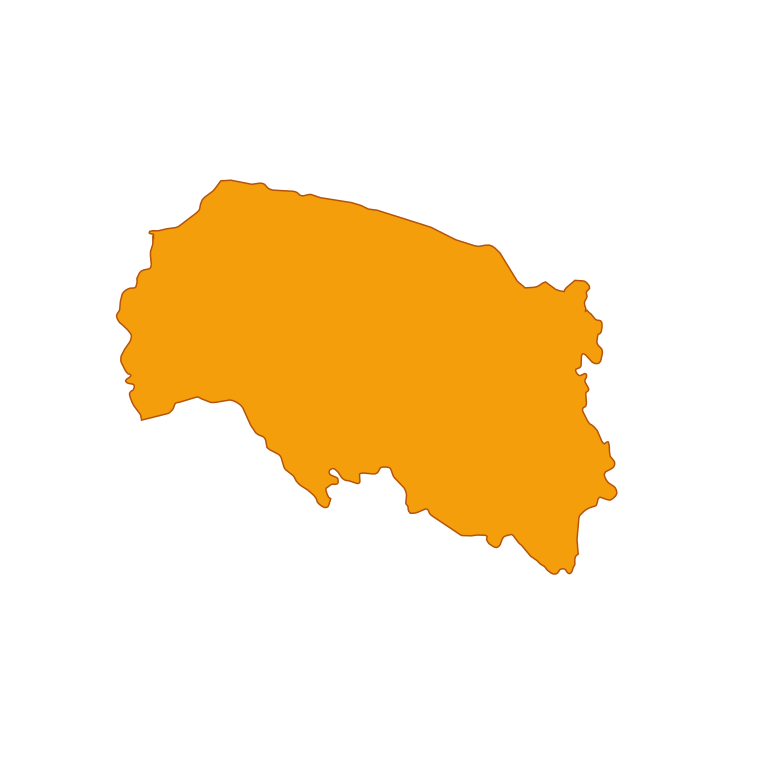 the Region of L'viv, rotated 59°
{"feature_id": "UKR-291", "entity_name": "L'viv", "entity_type": "Region", "adm_level": 1, "iso_a3": "UKR", "parent_name": "Ukraine", "parent_adm1": "", "projection": "equal_earth", "projection_center": [24.224, 49.684], "detail": "fine", "context": "isolated", "style": "filled", "palette": "amber", "viewbox_px": 768, "rotation_deg": 59, "n_neighbors": 0, "source": "natural_earth", "source_scale": "10m", "svg_char_len": 6170}
<svg xmlns="http://www.w3.org/2000/svg" viewBox="0 0 768 768"><g transform="rotate(59 384 384)"><path d="M133.6,507.5L132.5,506.3L133.5,503.4L136.5,498.3L139.2,489.9L142.4,482.7L143.2,479.2L140.8,457.5L140.1,453.7L139.0,451.9L135.1,448.4L132.7,445.2L132.2,443.9L131.5,441.2L130.5,431.2L129.3,427.7L125.8,419.3L130.5,410.2L144.7,394.5L147.9,387.0L149.3,385.0L151.4,383.5L155.4,382.8L157.4,382.1L160.5,379.5L172.1,362.5L173.9,360.7L175.5,359.8L178.8,358.8L180.4,357.4L181.3,355.8L182.8,351.0L183.8,349.1L191.6,342.5L211.8,318.4L219.2,311.7L225.9,307.4L231.5,300.4L273.9,263.0L292.3,251.4L297.7,247.9L312.2,235.1L314.8,232.0L317.3,225.5L319.3,222.1L321.8,220.1L325.0,218.8L331.3,217.1L364.6,216.8L374.3,213.5L378.3,205.8L379.2,203.3L379.5,200.3L379.2,195.8L379.7,193.0L391.6,188.0L395.0,185.0L397.3,182.3L397.6,181.8L396.6,181.1L395.3,178.0L393.5,167.0L397.7,160.9L399.0,159.3L400.9,158.3L403.3,157.8L405.8,157.6L408.0,158.6L409.2,163.0L410.9,164.0L413.5,164.8L415.0,166.6L416.1,168.8L417.8,170.5L419.9,171.4L423.3,172.2L425.3,173.7L425.3,172.0L428.5,171.4L430.3,170.6L432.4,170.2L436.8,169.7L438.4,168.9L439.1,168.4L440.1,167.0L441.3,165.9L442.0,165.7L443.6,165.7L445.3,166.5L447.5,167.8L450.8,170.6L451.7,172.1L452.0,173.3L451.8,174.1L451.8,174.9L452.2,175.6L457.5,179.9L459.8,180.5L461.8,180.4L465.0,179.5L466.0,179.4L468.0,179.8L469.8,180.7L475.2,185.7L476.2,187.1L476.7,188.7L476.7,189.6L476.1,191.3L475.0,192.6L473.7,193.6L472.1,194.4L462.9,196.2L461.3,197.1L460.8,197.6L460.5,198.3L460.7,199.1L461.7,200.3L469.4,205.4L470.3,206.3L470.8,207.8L470.2,211.4L470.4,212.2L471.2,212.8L472.5,213.2L475.1,213.1L476.4,212.7L477.4,212.1L477.8,211.4L478.1,210.6L478.3,206.9L478.7,206.2L479.3,205.7L480.4,205.7L481.4,206.1L482.6,207.2L484.0,209.7L485.0,210.3L486.4,210.7L492.3,210.9L493.4,211.1L494.3,211.5L495.0,212.5L495.2,213.5L495.2,214.4L495.3,215.3L496.7,216.3L504.3,220.1L506.2,221.6L507.1,223.0L506.9,224.9L507.1,225.7L507.4,226.4L508.9,227.4L510.9,227.8L519.9,228.5L522.6,228.4L524.5,228.0L526.0,227.1L527.7,226.4L529.6,225.9L533.8,225.2L545.4,226.8L547.7,226.5L548.8,225.8L548.5,223.1L548.7,222.3L549.1,221.6L550.9,222.0L553.4,223.0L558.6,225.8L562.4,227.3L568.7,226.5L569.7,226.6L571.5,227.5L572.4,228.4L573.4,230.0L573.8,232.6L573.4,239.2L574.6,241.6L577.2,242.6L580.9,242.9L583.1,242.7L585.0,242.2L589.9,239.8L591.8,239.3L594.1,239.4L596.1,240.0L597.7,240.8L598.5,241.9L599.3,243.4L600.0,246.6L600.1,248.3L600.0,249.7L599.1,251.2L597.9,252.4L592.7,256.7L592.2,257.4L592.3,258.5L593.0,259.9L596.5,263.4L597.3,264.5L597.4,265.7L596.0,271.4L595.8,275.5L596.1,278.3L597.6,284.2L599.3,286.0L616.6,298.6L629.9,305.2L629.9,306.9L630.4,308.4L630.8,309.1L632.6,310.8L636.6,313.1L637.2,313.6L638.9,316.5L641.1,318.9L641.9,320.3L642.2,321.2L642.2,322.0L641.9,322.9L641.1,323.6L639.3,324.0L636.7,324.1L635.6,324.6L634.7,325.5L633.9,327.3L633.7,328.5L633.9,329.5L634.7,330.9L635.3,332.5L635.4,333.4L635.4,334.3L635.1,335.1L634.2,336.5L633.2,337.4L631.7,338.3L628.5,339.6L626.6,340.1L623.8,340.3L622.8,340.6L619.2,342.5L618.2,342.9L614.2,343.8L607.6,346.8L606.6,347.1L593.0,349.2L591.2,349.9L589.3,350.4L580.5,351.3L579.5,351.6L578.6,352.4L578.0,354.1L576.8,358.2L576.8,360.1L577.0,360.9L578.3,363.1L581.4,367.0L582.1,368.5L582.3,369.3L582.4,370.2L582.2,371.1L582.0,372.0L581.1,372.9L579.9,373.9L575.8,375.9L574.7,376.2L573.1,376.4L570.8,376.3L569.8,376.0L568.2,374.3L567.3,374.2L566.4,374.7L565.4,375.7L561.3,382.2L559.2,387.2L554.0,395.3L552.9,396.1L521.0,411.1L519.2,411.5L517.7,411.6L516.6,411.3L514.2,411.2L513.2,411.8L512.4,413.1L511.4,420.7L510.7,423.7L508.4,428.0L505.7,428.3L504.8,428.1L503.8,427.8L502.2,426.9L500.4,426.5L498.7,426.9L497.8,426.8L496.3,426.0L495.5,425.3L491.4,422.3L489.7,421.4L487.8,420.8L485.7,420.4L483.4,420.3L469.4,423.4L467.3,423.4L460.8,422.1L459.6,422.1L458.7,422.4L457.7,423.2L456.6,424.5L454.9,427.2L454.2,428.8L454.0,430.0L454.2,430.8L455.6,432.9L456.6,435.2L456.7,436.1L456.4,438.0L455.4,439.8L449.8,447.4L448.7,449.7L448.5,451.2L449.1,451.7L454.9,454.7L455.5,455.2L456.0,455.9L456.0,456.8L455.9,457.7L455.0,458.7L449.0,463.8L447.2,466.1L445.9,467.2L443.7,468.2L441.2,468.6L437.1,468.7L435.0,469.0L431.3,470.1L430.0,471.6L429.7,473.1L429.7,474.2L430.0,475.1L430.5,475.8L431.2,476.4L432.0,476.8L433.0,476.9L433.9,476.7L435.5,475.9L439.4,473.0L440.4,472.5L441.4,472.4L442.4,472.7L444.0,473.5L444.7,474.0L445.2,474.6L445.5,475.4L445.3,476.3L444.9,477.3L443.4,479.7L443.1,480.8L443.0,481.7L443.6,487.4L444.8,488.4L449.2,489.5L452.7,489.8L454.9,488.7L459.8,494.3L460.2,495.1L460.3,496.0L460.1,496.9L459.8,497.7L459.3,498.5L458.1,499.4L456.2,500.5L452.7,501.7L450.9,501.9L449.6,501.7L448.8,501.4L446.6,501.1L443.4,501.5L436.0,503.8L428.1,507.7L426.2,508.4L422.2,509.2L417.5,508.9L415.4,509.2L406.7,512.5L404.5,512.6L403.4,512.5L395.3,510.3L393.0,510.0L392.0,510.1L390.0,510.6L381.7,515.7L379.5,516.6L377.9,516.9L371.3,514.4L369.1,514.2L368.1,514.3L366.8,514.9L362.8,517.8L359.8,519.1L350.4,519.5L331.7,517.3L328.7,517.7L326.9,518.3L323.6,519.8L320.4,522.1L318.6,524.0L318.1,524.8L313.2,537.3L311.8,540.2L310.6,542.0L302.5,548.2L299.4,550.0L298.5,552.0L294.1,569.4L293.3,571.0L293.2,571.9L293.3,573.0L294.1,574.4L295.9,576.5L297.2,578.7L298.0,582.1L298.1,584.1L290.1,610.4L285.6,608.7L283.7,608.6L273.9,609.6L270.1,609.4L264.9,608.5L262.7,607.8L261.3,607.2L260.7,606.6L260.0,605.1L259.9,604.2L260.0,602.9L259.7,601.8L259.0,600.7L257.4,599.2L256.2,598.8L255.3,599.0L254.6,599.6L251.7,602.9L250.8,603.5L249.4,604.0L248.3,604.0L247.8,603.3L247.3,602.2L247.2,598.6L246.5,596.7L245.8,596.5L245.1,596.7L243.2,598.2L241.5,598.6L238.9,598.8L230.3,598.1L228.5,597.6L225.6,595.7L224.4,594.5L220.9,588.9L216.7,579.7L215.1,577.8L213.3,576.2L212.0,575.5L210.6,575.2L205.4,575.9L197.8,578.0L196.1,578.7L194.8,579.0L193.2,579.1L190.3,579.0L187.7,578.1L186.2,576.2L185.0,573.4L183.9,572.1L177.4,567.4L172.7,562.7L171.7,561.4L171.1,559.9L170.6,557.3L170.7,554.4L170.8,553.4L171.4,551.7L173.1,548.5L172.9,546.6L169.6,543.2L166.2,541.4L163.0,536.6L162.2,534.3L162.5,531.1L164.2,526.4L164.2,524.4L162.0,522.0L153.7,518.1L150.3,516.0L144.9,510.0L138.9,506.4L139.9,506.2L137.0,504.5L134.5,507.1L133.6,507.5Z" fill="#f59e0b" stroke="#b45309" stroke-width="1.5"/></g></svg>